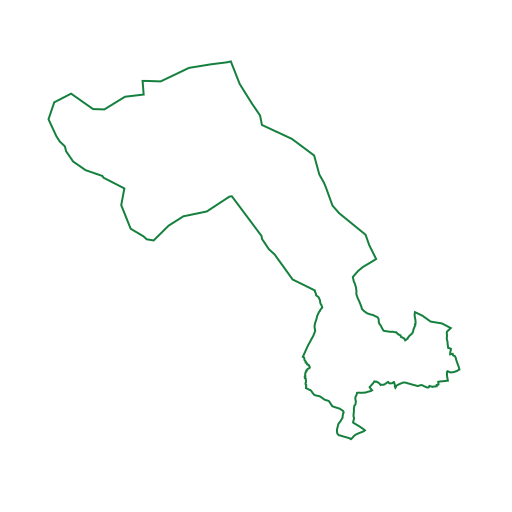 Oyo East, Oyo, Nigeria, rotated 260°
{"feature_id": "59680162B21986463159939", "entity_name": "Oyo East", "entity_type": "district", "adm_level": 2, "iso_a3": "NGA", "parent_name": "Nigeria", "parent_adm1": "Oyo", "projection": "orthographic", "projection_center": [3.95, 7.875], "detail": "fine", "context": "isolated", "style": "outline", "palette": "green", "viewbox_px": 512, "rotation_deg": 260, "n_neighbors": 0, "source": "geoboundaries", "source_scale": "gbopen_adm2", "svg_char_len": 5955}
<svg xmlns="http://www.w3.org/2000/svg" viewBox="0 0 512 512"><g transform="rotate(260 256 256)"><path d="M426.7,75.4L408.6,80.2L402.7,82.7L397.2,86.8L392.1,87.2L380.8,92.3L370.1,103.1L361.5,118.6L359.5,119.5L345.4,138.1L329.5,132.1L304.6,137.3L294.9,148.6L291.4,151.3L289.1,157.9L301.1,175.3L307.7,191.4L308.4,215.3L319.1,240.1L319.0,242.6L274.8,264.9L271.7,264.9L260.4,269.9L254.3,274.6L226.5,288.0L211.9,307.9L211.5,307.7L211.0,307.9L210.2,307.9L209.0,308.4L206.9,308.4L206.0,309.1L205.3,309.8L204.5,310.5L202.8,310.9L201.5,311.3L199.2,311.2L197.7,311.3L196.1,312.0L195.1,312.1L193.7,312.3L192.6,310.8L191.3,309.6L190.9,309.5L190.0,308.4L186.6,306.0L182.8,304.3L179.8,302.6L176.3,301.3L172.0,301.3L169.2,299.6L167.5,298.6L158.9,291.7L148.5,284.6L147.8,285.6L147.2,285.8L146.6,285.8L145.8,285.7L144.7,285.8L144.0,286.4L143.6,286.6L143.4,286.7L142.9,286.6L142.5,286.4L142.2,286.9L141.6,287.4L141.2,287.3L141.0,287.5L140.9,287.5L140.8,287.4L140.5,287.5L140.1,288.1L139.8,288.3L139.7,288.6L139.7,288.9L139.5,289.0L139.4,288.9L139.2,289.1L138.8,289.1L138.5,289.4L138.2,289.5L137.8,289.5L137.5,289.6L137.1,289.6L136.8,289.6L136.5,289.4L136.3,289.0L136.1,288.7L136.1,288.3L135.9,287.5L135.6,287.0L135.4,286.9L135.2,286.8L135.1,286.4L134.3,286.0L134.1,285.9L133.9,285.8L134.1,285.5L133.6,285.3L133.4,285.0L132.8,284.6L132.7,284.5L132.4,284.4L131.8,284.3L131.2,283.9L130.2,283.8L129.8,283.6L129.5,283.8L129.4,283.8L129.0,283.6L128.8,283.7L128.6,283.6L128.5,283.4L128.3,282.9L128.0,282.9L127.3,283.4L127.1,283.4L126.9,283.2L126.5,283.6L126.4,283.5L126.2,283.6L125.8,283.6L124.9,283.5L124.5,283.6L123.1,283.3L122.7,283.1L122.3,282.7L121.9,282.7L121.1,282.6L120.9,282.8L120.6,282.9L120.4,282.8L120.2,282.8L120.1,283.0L119.5,282.9L118.8,282.8L118.6,282.6L118.3,282.5L117.2,282.3L116.4,283.5L114.9,285.4L114.5,286.2L114.2,286.5L113.7,286.9L111.1,288.1L110.1,288.6L109.2,289.2L108.7,289.9L108.4,290.5L107.5,292.5L107.4,293.1L107.2,293.6L106.4,294.8L105.3,296.0L103.0,298.2L102.1,299.4L101.7,300.4L101.2,301.3L100.6,302.4L100.4,302.6L97.8,303.8L97.4,303.9L96.4,304.3L96.0,304.6L95.3,304.8L94.9,304.9L93.6,307.1L91.3,311.6L91.1,311.9L88.5,314.7L88.0,315.0L87.6,315.1L86.7,315.0L86.4,315.1L86.2,314.9L85.9,314.5L84.4,313.9L83.5,313.6L81.6,313.1L80.8,312.4L80.4,312.0L78.8,310.7L77.2,308.9L76.5,308.2L75.7,307.7L73.7,306.8L71.0,305.6L69.0,305.3L67.3,305.2L66.9,305.3L65.0,306.5L64.9,306.7L64.9,307.1L64.4,308.2L64.0,309.1L63.7,309.4L62.1,312.8L60.0,317.0L59.6,317.2L59.2,317.3L59.1,317.7L59.7,318.7L62.0,321.6L62.7,323.1L63.3,325.1L63.8,327.4L64.5,330.9L64.7,331.7L65.4,333.0L67.2,331.4L70.0,328.5L74.0,323.9L74.9,322.9L75.2,322.7L77.2,323.5L78.9,324.4L79.3,324.5L80.2,324.3L81.0,324.2L82.4,324.4L83.3,324.7L83.9,324.8L86.1,325.5L87.6,325.7L88.6,325.9L91.5,326.9L91.8,327.2L92.2,327.8L92.5,328.1L92.8,328.3L93.8,328.5L95.3,329.1L96.3,329.1L96.8,329.0L97.5,329.0L98.0,329.0L99.4,329.3L99.9,329.5L100.5,329.9L101.5,330.7L101.9,330.9L103.1,331.6L103.7,331.8L103.7,332.1L103.6,333.2L103.4,334.2L102.9,336.2L102.8,338.1L102.5,339.3L102.5,339.8L102.9,343.1L103.0,344.4L103.1,345.6L103.2,346.1L103.6,347.0L104.8,346.3L106.0,345.5L106.9,345.1L107.1,345.1L108.3,346.7L109.9,348.6L110.5,349.4L112.0,350.8L111.8,351.3L111.5,351.7L111.3,352.0L111.4,352.7L111.2,353.1L109.9,354.6L109.4,355.1L108.6,355.6L107.4,356.3L107.5,356.5L107.5,356.9L107.1,358.8L107.2,360.2L108.3,362.5L109.1,364.2L109.0,364.4L107.6,365.0L107.4,365.2L107.3,366.3L107.0,367.6L107.3,368.7L107.9,369.5L107.9,370.0L107.4,370.2L106.1,370.2L104.5,370.3L103.7,370.1L102.9,370.1L102.0,370.4L102.6,371.0L103.5,371.3L103.8,371.5L104.0,372.0L104.9,374.8L105.4,377.0L105.7,378.5L105.8,379.1L105.8,379.7L105.6,380.3L105.1,381.9L104.4,383.1L103.7,384.5L103.4,385.3L102.3,387.4L100.9,390.5L100.0,392.3L99.9,392.8L100.0,394.4L100.2,395.7L100.2,396.5L100.1,396.8L99.4,397.9L98.9,398.5L97.3,400.8L96.8,401.7L96.6,402.7L96.7,403.3L97.0,403.6L97.7,404.0L97.9,404.2L97.6,404.6L97.4,405.2L97.2,405.5L96.9,406.5L96.7,406.9L96.5,407.1L96.4,407.4L96.6,407.7L96.6,408.2L96.5,409.6L96.3,411.2L96.3,411.3L97.6,411.5L97.6,413.2L97.7,413.4L98.2,413.5L99.1,413.5L99.5,413.6L100.4,413.6L100.5,415.1L100.1,420.0L99.9,423.3L105.1,423.3L108.6,423.9L109.3,424.7L107.6,427.1L107.3,430.2L107.8,433.6L108.9,436.6L111.8,436.4L114.7,435.8L118.6,435.2L120.6,435.0L121.0,435.1L121.8,434.8L123.0,434.4L123.9,432.8L125.5,432.7L125.6,431.2L125.4,430.5L125.4,430.1L126.8,430.4L129.7,431.5L130.2,431.7L130.7,431.9L130.9,431.7L131.7,430.3L132.1,429.3L132.9,429.3L134.1,429.4L136.0,429.4L137.9,429.7L141.2,429.5L142.8,429.8L144.3,430.3L147.2,430.5L148.4,431.0L151.2,435.3L157.3,427.4L161.1,416.6L168.4,409.4L173.1,402.8L170.7,402.0L168.3,401.8L165.1,401.9L163.1,401.6L162.2,401.6L161.1,400.6L160.9,400.7L160.5,400.9L160.1,400.9L159.8,400.7L159.1,400.0L158.3,399.6L156.9,398.6L154.1,397.5L152.5,396.2L150.8,393.3L149.7,392.1L149.0,391.3L148.4,391.1L147.0,388.3L148.0,388.0L148.4,387.8L148.9,387.7L149.6,387.0L150.1,386.4L150.4,386.1L150.6,385.5L150.9,384.9L151.2,384.7L151.9,384.6L152.7,384.6L152.8,384.5L153.1,383.9L154.0,382.9L154.0,382.6L154.3,382.3L155.0,381.8L155.5,381.6L156.1,381.1L156.4,381.0L156.6,380.8L156.7,379.9L157.1,378.7L157.7,377.5L157.8,377.1L157.8,376.5L158.0,375.1L158.2,374.5L159.1,371.9L159.3,371.2L160.0,369.2L160.3,368.7L161.1,368.3L163.3,367.5L165.4,366.9L166.8,366.3L167.4,365.9L168.1,365.6L169.4,365.5L172.6,365.8L174.6,365.1L176.0,363.0L177.5,361.1L178.6,358.5L180.2,355.6L182.8,353.0L185.3,351.2L188.0,350.9L193.4,349.8L197.0,348.8L201.1,348.2L203.9,348.8L207.7,349.0L211.9,348.5L214.1,347.9L218.5,347.7L223.5,353.9L226.5,359.1L229.8,367.8L232.2,373.8L247.0,369.4L257.9,367.6L283.6,345.4L292.3,340.1L310.5,336.9L316.2,335.7L325.3,332.5L344.9,330.7L365.1,311.7L384.0,284.6L393.7,284.4L407.0,278.4L428.3,269.8L452.0,265.0L451.8,260.7L452.6,244.8L452.9,222.6L444.5,192.4L447.3,179.2L448.1,174.7L434.5,173.4L435.6,154.6L426.7,132.1L429.0,121.0L448.0,102.1L442.4,84.0L426.7,75.4Z" fill="none" stroke="#15803d" stroke-width="2"/></g></svg>